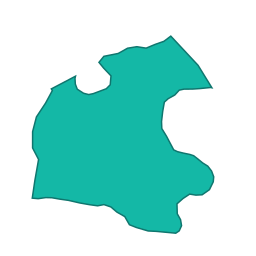 Shusha District, Şuşa, Azerbaijan, rotated 280°
{"feature_id": "54616110B49912296290484", "entity_name": "Shusha District", "entity_type": "district", "adm_level": 2, "iso_a3": "AZE", "parent_name": "Azerbaijan", "parent_adm1": "Şuşa", "projection": "albers", "projection_center": [46.676, 39.693], "detail": "fine", "context": "isolated", "style": "filled", "palette": "teal", "viewbox_px": 256, "rotation_deg": 280, "n_neighbors": 0, "source": "geoboundaries", "source_scale": "gbopen_adm2", "svg_char_len": 1118}
<svg xmlns="http://www.w3.org/2000/svg" viewBox="0 0 256 256"><g transform="rotate(280 128 128)"><path d="M169.9,67.3L153.2,45.7L151.7,47.0L138.2,42.5L123.0,35.9L107.8,34.7L91.8,37.5L81.5,45.4L60.1,45.4L42.3,45.9L42.8,51.8L45.2,59.1L46.1,65.1L46.1,73.0L46.4,82.0L45.8,93.6L45.8,103.3L46.1,111.6L48.4,117.6L47.3,124.8L43.3,131.6L40.2,140.2L33.0,146.2L31.5,153.4L30.1,165.7L31.1,173.7L32.7,193.3L35.6,196.3L41.1,197.7L46.8,195.7L52.1,191.4L61.8,189.4L68.1,194.4L73.6,200.2L73.7,206.5L75.1,212.6L81.4,218.9L89.8,221.3L94.8,220.9L100.1,217.8L104.3,213.2L106.6,207.5L108.7,203.8L112.1,197.5L112.7,193.5L112.9,186.7L113.3,180.8L114.4,176.8L122.1,170.8L126.5,167.4L133.3,161.4L140.2,159.9L150.3,159.3L159.8,159.3L163.9,162.5L168.7,168.4L174.2,171.9L176.0,176.4L177.6,185.0L179.3,191.9L182.2,202.2L182.2,203.6L201.9,186.1L225.9,154.2L219.6,148.3L215.1,140.3L209.8,132.0L209.6,122.6L206.5,113.7L199.7,105.4L194.4,91.8L187.6,88.0L182.7,93.7L176.4,102.2L167.5,103.0L162.9,99.8L159.4,93.9L155.8,87.8L154.1,83.5L154.5,78.2L157.4,71.3L162.1,68.5L167.6,67.2L169.9,67.3Z" fill="#14b8a6" stroke="#0f766e" stroke-width="1.5"/></g></svg>